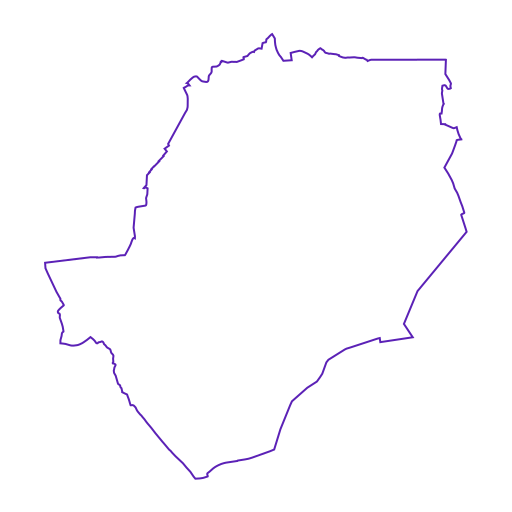 the district of Sapphaya, Chai Nat, Thailand, rotated 89°
{"feature_id": "78962969B57770947463323", "entity_name": "Sapphaya", "entity_type": "district", "adm_level": 2, "iso_a3": "THA", "parent_name": "Thailand", "parent_adm1": "Chai Nat", "projection": "mercator", "projection_center": [100.242, 15.145], "detail": "fine", "context": "isolated", "style": "outline", "palette": "violet", "viewbox_px": 512, "rotation_deg": 89, "n_neighbors": 0, "source": "geoboundaries", "source_scale": "gbopen_adm2", "svg_char_len": 5883}
<svg xmlns="http://www.w3.org/2000/svg" viewBox="0 0 512 512"><g transform="rotate(89 256 256)"><path d="M477.6,320.5L477.4,315.9L477.0,313.0L476.7,311.8L475.6,308.2L475.4,308.1L475.2,308.1L473.2,308.6L472.8,308.5L472.4,308.3L472.2,308.1L470.7,306.1L467.7,302.6L466.5,300.9L465.5,299.2L464.5,297.2L463.3,294.3L462.5,291.5L462.1,289.6L460.6,278.2L460.4,278.1L460.2,277.8L459.2,270.6L458.6,267.2L458.2,265.7L457.5,263.3L451.5,245.5L449.8,241.2L429.6,234.6L405.9,224.5L401.9,222.6L388.6,207.0L382.6,197.3L378.3,194.1L374.9,191.8L363.6,187.5L361.0,185.4L351.0,168.8L350.2,167.1L349.1,163.2L340.7,135.9L340.2,133.7L344.3,133.2L340.0,100.7L326.5,109.3L293.9,95.1L235.5,45.0L232.3,45.9L218.4,50.1L218.0,49.8L217.6,49.2L217.0,47.6L216.7,47.1L216.2,47.0L209.8,48.9L205.8,50.4L199.2,52.6L196.2,53.8L194.1,55.0L191.9,56.2L186.8,57.6L183.4,59.0L176.9,62.4L170.9,66.1L157.0,58.2L154.5,57.2L148.8,55.0L145.2,53.7L143.7,53.3L143.5,52.7L143.3,51.8L143.0,48.6L142.9,48.6L142.3,49.2L141.6,49.6L137.6,51.3L133.9,52.4L130.7,53.1L131.5,55.2L131.7,56.1L131.3,57.3L129.0,62.2L127.8,64.9L127.5,64.8L127.3,68.7L123.2,69.1L118.5,69.8L117.4,69.8L117.1,69.7L116.8,69.5L116.8,68.0L114.4,67.6L113.0,67.5L111.3,67.3L109.8,66.9L108.6,66.4L107.9,66.1L107.2,65.6L106.9,65.9L96.8,67.3L95.3,67.1L93.9,66.8L92.7,67.1L92.1,67.1L91.2,67.0L89.0,66.6L88.5,64.7L88.7,63.9L88.9,63.5L89.4,63.1L91.8,61.7L92.1,61.3L92.3,61.0L92.3,60.5L92.1,59.2L91.6,58.3L89.4,58.7L88.3,58.4L87.3,58.1L86.8,58.1L83.6,59.7L77.4,63.5L63.1,62.7L63.0,63.1L61.8,137.4L62.0,138.5L62.5,139.9L63.0,141.0L61.7,141.9L61.6,142.5L61.4,142.9L59.8,145.5L59.7,145.8L59.7,146.2L60.0,146.6L59.5,151.3L59.1,153.4L59.0,154.4L59.2,159.4L59.1,160.7L59.4,162.9L59.3,163.9L59.0,165.7L58.2,167.8L57.9,168.5L57.5,169.5L57.4,169.6L57.0,169.5L56.7,169.5L55.7,172.5L55.5,174.3L54.9,178.4L55.1,179.4L54.7,180.4L54.0,183.0L53.3,183.7L52.0,184.5L51.1,185.6L50.7,186.4L49.9,187.3L49.4,188.1L50.5,189.8L51.2,190.6L52.2,191.3L53.2,192.4L55.3,193.4L57.1,195.4L58.3,196.5L57.0,197.8L55.4,199.7L54.6,201.0L52.3,205.7L51.9,206.8L51.7,207.9L51.6,208.7L51.7,209.5L52.6,213.8L53.6,217.8L60.9,216.9L61.3,225.2L57.5,227.6L55.7,229.1L53.4,230.4L50.2,231.8L48.0,232.4L45.3,233.0L42.2,233.3L38.8,233.4L34.4,236.0L34.8,236.7L36.2,238.3L38.4,240.4L39.4,241.7L39.8,241.9L40.9,242.0L42.1,242.2L42.5,242.5L42.7,243.9L43.1,245.2L43.3,245.7L48.8,246.8L48.4,249.2L48.5,250.2L50.5,253.6L51.1,254.1L52.0,254.4L51.8,255.2L51.8,255.7L52.2,256.7L52.9,258.1L53.2,258.6L53.4,258.8L54.5,259.9L55.6,260.8L55.9,261.1L56.9,265.0L57.2,265.1L58.7,264.7L59.1,264.8L60.0,267.1L61.6,271.7L61.6,272.1L61.4,277.2L62.2,280.7L62.1,281.3L60.3,286.6L60.3,287.0L61.4,287.2L61.4,287.9L62.2,288.1L63.3,288.6L64.1,289.1L64.7,289.9L65.5,291.2L65.9,292.3L66.0,295.9L66.2,296.3L66.3,296.6L66.7,296.9L67.4,297.0L68.5,297.1L70.6,297.1L71.5,297.3L72.3,297.7L74.7,299.8L75.0,299.9L75.6,300.1L78.8,300.4L79.6,300.6L80.3,300.9L80.9,301.5L81.1,302.2L81.1,302.9L80.6,305.8L80.3,306.9L79.9,307.6L78.4,309.2L75.6,311.8L75.4,312.4L75.4,313.5L75.6,314.6L75.8,315.1L76.5,316.2L78.5,318.6L81.6,321.7L81.9,322.1L82.2,321.1L82.4,320.9L84.3,319.5L84.3,320.7L84.3,321.1L85.8,323.5L86.3,324.7L86.7,325.3L89.1,324.2L93.8,322.0L95.0,321.7L97.6,321.5L104.6,321.7L106.0,321.8L108.7,322.5L111.7,324.4L142.4,341.9L144.1,341.1L147.1,345.5L149.9,343.3L154.0,347.0L154.5,346.6L159.4,351.6L159.7,351.2L164.7,356.3L164.6,356.5L167.3,359.1L167.6,358.8L170.3,361.3L170.6,360.9L173.3,363.6L183.2,364.3L186.2,367.1L186.3,366.8L186.3,366.6L185.4,365.2L186.5,363.2L192.2,363.6L192.7,363.7L195.5,364.7L196.3,364.9L199.6,364.6L201.0,364.6L202.5,364.8L203.1,365.0L203.4,365.2L203.7,365.8L204.7,372.8L205.1,374.7L205.5,375.6L208.5,376.2L209.6,376.3L211.4,376.4L225.6,377.9L233.4,376.8L234.2,376.7L236.2,376.8L235.8,377.6L235.8,377.9L235.9,378.1L236.5,378.7L237.4,379.3L240.4,380.5L241.4,380.8L243.7,381.9L247.5,383.9L252.1,386.5L252.7,386.9L252.9,387.1L252.9,387.8L253.0,391.5L253.5,393.9L254.2,396.1L254.3,396.6L254.3,406.3L254.8,413.0L254.8,415.0L254.5,415.0L254.4,422.0L259.1,467.0L264.6,466.7L270.0,464.4L288.4,456.1L293.9,453.1L295.1,452.4L295.5,452.3L296.4,452.4L296.8,452.3L297.0,452.2L298.1,451.0L298.4,450.8L301.5,449.1L302.0,449.1L304.4,452.0L306.0,453.7L306.8,454.4L307.3,454.8L307.7,455.0L308.1,455.1L309.0,455.0L309.4,454.8L309.7,454.5L310.2,453.5L310.8,453.2L311.7,453.1L313.8,453.3L314.6,453.2L315.8,452.8L320.3,451.3L323.3,450.5L328.0,449.8L328.3,449.9L328.9,450.8L329.5,451.2L330.0,451.4L330.6,451.5L332.6,451.8L336.7,453.0L339.9,453.1L340.2,450.5L340.6,448.0L342.0,443.5L342.3,442.3L342.4,441.0L342.4,439.8L342.1,437.0L341.9,435.7L341.3,433.9L340.1,431.3L339.2,429.8L336.9,426.4L334.2,422.9L336.1,420.6L337.5,419.2L338.2,418.6L339.9,417.5L340.2,417.2L340.4,416.9L340.5,416.6L340.5,416.0L339.6,415.0L339.5,414.7L339.3,413.3L338.8,411.9L338.7,411.6L338.8,411.2L339.2,410.6L340.0,410.0L341.4,409.5L342.8,408.0L344.0,407.2L344.7,406.6L345.0,406.3L346.4,403.9L346.6,403.7L347.1,403.3L348.0,403.0L349.4,402.7L350.2,402.4L350.9,401.9L351.6,401.2L352.4,400.6L353.2,400.3L353.6,400.3L356.3,400.7L359.0,400.5L359.3,400.6L360.4,401.1L360.7,401.1L360.9,401.0L361.1,400.0L361.3,399.5L361.6,399.0L362.0,398.5L362.5,398.3L363.1,398.5L365.0,399.5L365.5,399.6L367.1,399.9L368.1,400.2L370.0,400.0L370.7,399.8L373.2,398.4L381.3,396.2L381.7,395.8L382.8,394.3L383.2,394.1L384.4,393.9L384.9,393.7L385.2,393.5L385.6,393.0L385.9,392.8L388.9,392.2L389.4,392.0L389.6,392.2L389.8,392.2L391.4,389.1L392.1,387.5L392.3,387.3L394.2,386.7L396.7,385.8L398.7,385.2L401.0,384.6L403.0,384.0L403.1,383.8L402.9,382.2L403.0,381.7L403.5,380.7L404.7,379.6L405.4,379.0L407.9,377.9L409.4,377.0L412.5,374.5L413.4,373.5L415.0,372.3L417.3,370.4L419.9,368.6L421.6,367.3L426.0,363.7L431.4,359.7L440.2,352.7L441.1,351.9L447.9,346.4L448.5,345.8L449.2,344.9L451.3,343.2L454.8,340.0L461.9,332.7L466.3,329.2L470.6,325.4L475.5,322.2L477.6,320.5Z" fill="none" stroke="#5b21b6" stroke-width="2"/></g></svg>